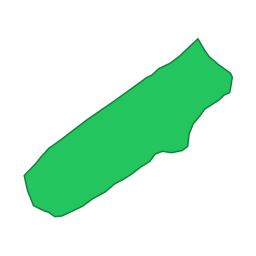 the district of Maneapa, Tuvalu, rotated 189°
{"feature_id": "33948139B65962219023050", "entity_name": "Maneapa", "entity_type": "district", "adm_level": 2, "iso_a3": "TUV", "parent_name": "Tuvalu", "parent_adm1": "", "projection": "robinson", "projection_center": [178.313, -8.027], "detail": "fine", "context": "isolated", "style": "filled", "palette": "green", "viewbox_px": 256, "rotation_deg": 189, "n_neighbors": 0, "source": "geoboundaries", "source_scale": "gbopen_adm2", "svg_char_len": 764}
<svg xmlns="http://www.w3.org/2000/svg" viewBox="0 0 256 256"><g transform="rotate(189 128 128)"><path d="M213.6,78.4L223.1,64.8L217.3,50.2L209.2,36.6L204.4,35.0L197.4,32.9L193.9,32.6L186.4,29.0L179.5,30.8L171.9,35.9L160.4,43.9L152.1,52.4L140.5,61.3L132.3,70.9L124.1,76.9L116.8,83.5L109.1,91.7L101.4,98.3L97.1,106.5L90.3,110.4L81.1,110.4L71.0,114.2L66.2,119.1L66.7,131.6L64.3,142.3L58.7,151.6L55.1,158.7L42.1,170.3L38.7,175.2L33.1,179.0L32.9,186.4L32.9,194.4L35.5,198.2L48.6,204.8L58.9,211.1L64.5,216.8L72.9,227.0L88.9,206.4L96.9,198.3L106.7,191.6L112.7,184.0L117.3,180.9L128.6,169.6L146.0,152.3L157.5,141.4L169.6,129.9L183.0,115.9L189.1,109.4L196.5,101.9L203.1,95.5L206.1,90.8L209.3,86.0L213.6,78.4Z" fill="#22c55e" stroke="#15803d" stroke-width="1.5"/></g></svg>